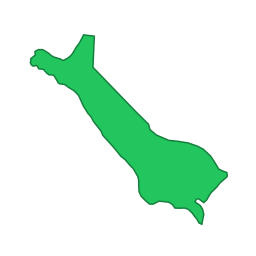 outline of Kuala Penyu, Sabah, Malaysia, rotated 276°
{"feature_id": "92858781B3182463940033", "entity_name": "Kuala Penyu", "entity_type": "district", "adm_level": 2, "iso_a3": "MYS", "parent_name": "Malaysia", "parent_adm1": "Sabah", "projection": "albers", "projection_center": [115.505, 5.445], "detail": "fine", "context": "isolated", "style": "filled", "palette": "green", "viewbox_px": 256, "rotation_deg": 276, "n_neighbors": 0, "source": "geoboundaries", "source_scale": "gbopen_adm2", "svg_char_len": 1529}
<svg xmlns="http://www.w3.org/2000/svg" viewBox="0 0 256 256"><g transform="rotate(276 128 128)"><path d="M216.0,74.1L209.5,71.6L206.8,70.4L203.7,68.5L201.0,67.2L198.3,66.0L195.0,64.3L192.9,62.6L190.9,60.3L189.7,58.6L188.7,57.0L188.5,55.5L189.6,53.6L190.0,51.0L190.4,49.0L190.8,46.9L192.1,44.0L194.1,41.2L196.1,37.0L197.0,34.9L196.6,30.9L195.4,28.8L194.2,27.4L191.2,28.2L190.1,27.4L188.1,25.4L187.3,24.5L186.4,24.0L185.0,24.4L182.8,24.0L180.7,25.3L179.6,27.2L180.2,28.8L180.6,30.6L179.3,31.9L177.5,33.0L177.5,35.9L177.5,37.6L175.9,39.5L174.1,41.5L172.6,43.9L172.9,47.2L172.1,49.2L169.7,50.9L167.6,52.6L165.7,53.8L164.8,55.4L164.7,60.3L162.0,65.0L161.1,66.9L159.9,69.5L158.3,71.9L156.7,73.7L155.3,75.4L144.9,81.5L138.3,86.7L137.0,88.2L135.4,89.9L133.5,91.3L131.0,92.9L122.0,101.6L120.0,102.6L118.0,103.8L116.1,105.9L107.3,115.7L99.0,124.0L96.1,128.6L91.5,133.4L88.0,137.6L80.8,142.8L77.0,144.1L71.1,144.8L65.6,145.7L61.4,148.3L57.2,153.5L54.6,157.4L54.9,160.9L58.5,166.5L58.5,171.0L58.5,176.2L56.6,180.1L53.3,183.0L53.6,187.5L54.3,192.4L53.6,196.2L50.1,200.8L46.8,203.7L44.6,206.0L41.0,208.5L40.0,211.5L50.1,212.4L55.3,210.5L58.5,207.9L61.4,202.4L64.3,203.4L65.0,205.6L61.7,211.1L64.6,213.7L69.8,216.0L72.7,217.6L75.0,219.6L78.6,222.5L82.8,225.1L90.3,232.0L90.2,231.9L94.1,230.9L95.1,226.7L96.7,222.5L103.2,217.6L108.7,213.1L114.8,205.0L117.1,199.2L119.4,189.5L120.0,179.4L120.0,169.7L123.9,157.1L128.8,149.9L133.9,148.0L145.1,134.0L184.7,86.8L215.8,84.9L216.0,74.1Z" fill="#22c55e" stroke="#15803d" stroke-width="1.5"/></g></svg>